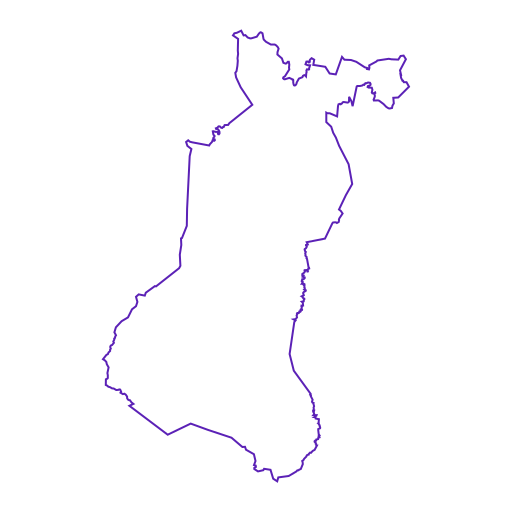 the district of Ajuchitlán del Progreso, Guerrero, Mexico
{"feature_id": "50627088B24566890251598", "entity_name": "Ajuchitlán del Progreso", "entity_type": "district", "adm_level": 2, "iso_a3": "MEX", "parent_name": "Mexico", "parent_adm1": "Guerrero", "projection": "robinson", "projection_center": [-100.562, 17.931], "detail": "fine", "context": "isolated", "style": "outline", "palette": "violet", "viewbox_px": 512, "rotation_deg": 0, "n_neighbors": 0, "source": "geoboundaries", "source_scale": "gbopen_adm2", "svg_char_len": 5977}
<svg xmlns="http://www.w3.org/2000/svg" viewBox="0 0 512 512"><path d="M260.4,32.3L259.0,33.5L256.8,36.7L251.4,38.3L250.2,38.4L247.7,37.5L245.4,35.1L243.6,35.4L241.2,30.7L236.8,32.8L234.4,33.3L233.0,35.4L238.1,38.9L237.8,50.5L238.1,53.9L237.5,58.3L237.8,60.8L237.4,65.9L236.5,71.2L235.3,72.8L236.1,77.4L240.7,87.3L252.3,104.8L229.3,123.2L228.2,124.9L224.6,125.1L223.7,127.0L223.0,127.0L222.3,127.9L221.3,127.8L219.8,126.4L218.5,126.4L217.4,127.7L215.9,128.3L216.2,129.0L217.4,128.7L218.8,130.3L219.5,131.9L219.5,133.5L218.9,134.3L218.2,134.2L217.9,133.5L218.0,132.3L217.7,131.8L215.6,131.9L213.3,131.2L212.8,131.3L213.4,134.6L214.6,136.0L214.4,136.7L213.4,137.7L213.2,138.7L214.7,139.4L214.8,140.3L214.2,140.8L212.5,140.5L212.1,141.8L209.8,144.3L209.2,145.5L192.1,142.3L189.8,141.7L188.2,140.3L186.1,142.0L187.4,145.9L191.4,149.0L189.7,156.1L187.1,208.7L186.8,225.9L182.0,238.0L181.0,238.4L181.3,245.0L179.8,254.7L180.4,265.8L179.1,268.2L156.0,286.4L154.9,286.1L145.8,292.7L144.8,295.6L138.7,294.4L136.0,296.8L137.4,301.9L136.0,306.2L132.0,309.3L128.0,317.4L121.6,321.2L115.9,327.3L114.4,332.3L116.0,335.3L115.2,336.5L115.0,337.9L114.2,338.5L114.3,339.6L113.3,341.5L113.9,342.8L112.1,345.0L110.9,345.5L110.3,346.4L110.3,347.5L110.8,348.6L110.1,349.6L110.1,351.0L108.5,352.5L107.9,354.1L106.4,354.9L103.0,359.2L104.9,360.4L106.3,361.9L106.8,364.2L108.6,367.4L107.4,373.1L107.8,375.2L107.8,378.0L107.4,378.6L105.9,379.3L105.8,385.0L107.3,385.7L108.3,386.7L110.1,387.2L112.1,388.4L113.7,388.5L116.2,390.0L118.2,389.9L119.2,389.4L120.2,389.6L121.1,391.7L120.5,392.7L122.9,394.1L124.4,393.7L125.7,394.6L127.1,396.6L127.1,398.1L127.9,399.5L128.9,400.1L129.9,400.2L131.5,402.4L133.4,403.9L129.4,405.8L167.7,434.7L190.7,423.6L208.0,429.9L231.5,437.7L242.4,447.0L245.0,446.8L246.0,449.7L253.9,454.2L255.5,461.0L254.0,465.1L255.7,465.6L255.9,466.9L254.3,467.9L254.3,469.0L258.0,471.4L263.3,470.2L264.1,468.8L270.5,469.8L273.2,478.7L277.2,481.3L278.3,477.4L288.7,476.0L296.3,471.5L297.4,470.3L298.5,470.3L299.1,469.7L300.8,469.0L302.8,464.1L302.6,462.0L302.2,461.0L303.5,460.0L304.2,458.7L306.4,456.5L306.6,455.7L307.2,455.0L308.7,454.6L308.8,453.9L310.1,452.6L311.0,452.8L312.7,450.9L314.6,449.9L316.9,445.6L316.3,445.6L316.2,444.1L315.7,443.8L315.8,443.0L314.6,441.8L314.6,441.2L315.2,440.6L316.1,440.6L316.3,439.5L318.1,439.1L318.3,437.7L319.3,437.4L318.6,436.5L318.7,435.7L319.5,435.9L319.7,435.6L318.7,434.2L318.2,429.8L318.3,429.0L320.0,428.3L320.2,427.9L320.0,426.8L319.6,426.0L319.7,425.3L318.8,424.4L318.8,423.4L318.3,423.2L318.6,422.9L318.9,419.2L315.6,418.5L315.4,417.0L314.6,417.0L316.4,415.7L316.6,415.1L313.4,415.1L314.2,414.1L313.7,412.1L314.1,410.6L313.6,410.6L313.1,411.2L313.0,410.9L313.8,409.0L313.6,407.5L314.1,406.2L313.4,403.7L313.6,403.0L312.5,402.6L312.0,401.8L312.6,399.7L310.8,396.2L311.0,395.3L310.1,394.7L310.6,393.8L293.8,370.7L289.6,354.0L294.3,322.0L295.5,320.5L293.6,319.4L295.6,319.1L297.0,317.4L296.6,315.4L297.2,314.6L296.9,313.8L297.3,313.0L298.8,313.0L299.3,311.6L300.3,311.8L300.7,311.4L300.4,310.2L300.6,309.7L302.0,309.9L302.1,309.6L301.5,308.3L301.9,306.8L301.4,306.3L301.5,305.7L302.0,305.9L303.1,305.6L302.8,302.7L301.8,301.7L303.7,301.3L303.8,300.0L304.4,299.1L304.3,298.6L303.4,298.3L302.7,297.5L302.7,296.9L301.7,296.3L303.8,295.2L303.1,293.0L303.7,292.1L305.7,290.9L305.8,290.3L304.2,289.5L304.8,288.9L304.8,288.0L304.3,287.4L304.5,285.9L303.6,284.9L304.5,284.7L304.5,284.2L303.2,283.5L301.8,283.7L302.7,281.9L301.7,281.1L302.3,279.2L303.5,279.3L304.7,278.1L304.7,277.4L302.7,276.8L303.5,275.6L302.3,275.4L302.3,274.0L304.4,272.5L305.0,271.2L304.5,270.7L304.6,270.2L306.9,270.0L306.8,270.5L307.2,270.7L307.4,271.5L307.8,271.5L308.0,271.1L307.5,270.6L307.6,270.0L308.1,269.0L309.2,268.5L309.0,267.7L308.6,267.6L307.0,258.8L306.5,258.3L306.7,257.1L305.4,255.7L305.5,254.2L305.2,253.4L305.8,252.0L305.3,251.7L304.6,249.6L304.7,249.1L305.9,248.3L306.8,246.7L306.7,246.0L306.0,245.5L306.0,245.0L307.8,244.5L306.7,242.2L325.0,238.6L332.4,223.2L333.0,222.5L334.7,222.3L335.9,222.3L336.9,223.0L338.7,222.0L339.1,220.1L338.9,219.4L339.5,218.1L342.6,213.5L340.8,210.9L339.0,209.5L345.9,195.1L352.2,184.0L348.6,164.2L339.1,145.8L335.9,137.6L333.2,132.8L331.2,126.7L326.3,122.1L326.3,112.7L327.1,113.2L329.8,113.3L337.1,116.4L338.0,106.1L338.5,104.3L340.0,103.8L340.7,104.3L342.0,103.4L342.7,102.3L343.7,102.0L347.6,102.6L348.4,102.3L349.0,101.5L349.1,96.8L351.4,101.2L352.6,106.2L356.7,86.5L357.3,86.0L360.0,86.0L362.3,85.5L363.4,84.6L364.2,84.9L365.4,83.2L366.0,83.4L368.1,82.5L370.0,82.8L370.6,84.0L370.5,84.9L369.8,85.5L368.0,86.0L367.6,87.0L368.6,87.6L371.8,87.7L372.4,89.7L371.8,92.5L372.3,93.3L373.1,93.5L375.1,92.4L375.3,93.0L374.4,93.7L374.4,94.2L374.8,95.2L374.8,96.6L373.6,99.7L373.9,100.5L378.1,100.4L379.1,100.7L383.5,104.0L386.3,106.9L388.5,108.3L389.7,108.5L392.0,108.0L392.5,105.6L393.8,103.4L393.3,97.8L398.2,97.5L409.0,86.7L406.5,82.2L403.8,82.2L403.1,80.7L402.5,80.8L401.1,77.9L400.7,75.6L400.9,75.8L401.2,75.4L400.0,70.3L405.9,59.2L403.6,55.6L400.6,56.0L398.3,59.6L391.5,59.3L388.8,58.8L377.4,60.5L376.4,61.5L369.2,65.4L369.4,67.9L369.0,69.4L367.0,69.0L367.2,68.0L364.8,67.3L356.3,61.8L351.0,60.0L344.4,59.7L342.0,56.9L335.8,74.4L329.6,73.5L325.3,66.8L313.3,64.9L314.2,59.7L311.6,58.2L310.0,59.7L309.7,60.4L309.8,61.8L309.5,62.3L308.6,62.4L307.8,61.5L306.4,61.6L305.5,64.3L307.7,65.2L310.1,65.3L309.1,68.3L309.1,69.4L308.6,69.6L307.0,69.3L306.4,70.4L306.6,72.1L306.3,73.0L306.0,76.4L305.1,75.4L304.3,75.1L303.0,75.8L302.4,77.2L298.9,78.6L296.7,82.5L296.5,83.7L295.9,84.7L295.4,85.3L294.4,85.5L294.0,85.3L293.5,84.0L293.2,82.1L293.3,80.6L293.2,80.0L292.7,79.8L292.8,79.5L289.3,77.9L284.8,79.3L283.9,79.1L283.1,78.3L283.3,77.4L285.0,76.2L289.3,69.4L289.0,67.7L289.3,64.6L288.8,61.8L287.8,61.8L286.4,63.4L285.6,63.6L283.4,62.8L281.9,58.4L277.4,54.5L277.5,52.1L278.6,48.7L277.8,47.1L276.2,45.4L274.7,44.5L270.8,44.5L266.0,41.8L263.8,39.6L263.5,38.9L262.5,33.3L261.1,32.4L260.4,32.3Z" fill="none" stroke="#5b21b6" stroke-width="2"/></svg>